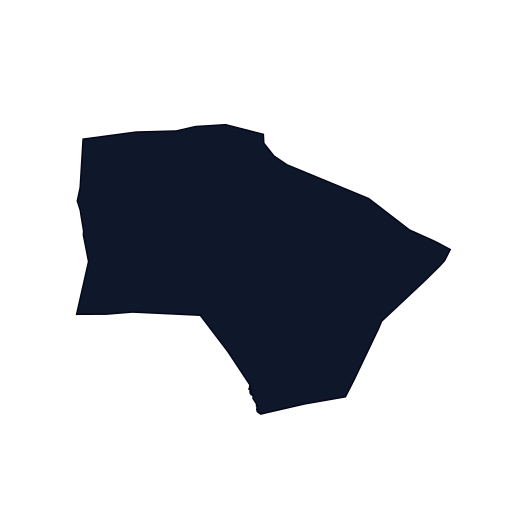 Mandal-Ovoo, Ömnögovi, Mongolia, rotated 164°
{"feature_id": "93677404B34607971050655", "entity_name": "Mandal-Ovoo", "entity_type": "district", "adm_level": 2, "iso_a3": "MNG", "parent_name": "Mongolia", "parent_adm1": "Ömnögovi", "projection": "natural_earth1", "projection_center": [104.105, 44.695], "detail": "fine", "context": "isolated", "style": "filled", "palette": "ink", "viewbox_px": 512, "rotation_deg": 164, "n_neighbors": 0, "source": "geoboundaries", "source_scale": "gbopen_adm2", "svg_char_len": 2086}
<svg xmlns="http://www.w3.org/2000/svg" viewBox="0 0 512 512"><g transform="rotate(164 256 256)"><path d="M298.3,398.2L337.1,408.2L390.0,416.0L391.1,412.9L406.1,370.4L412.6,358.2L412.3,348.3L413.0,343.3L414.8,327.7L416.2,323.6L417.1,312.7L418.5,296.8L444.5,249.4L415.7,241.3L390.3,236.2L325.9,214.4L309.4,171.9L297.7,134.8L297.4,134.4L297.3,134.0L297.5,133.7L297.6,133.3L297.7,132.9L297.7,132.6L297.7,132.4L297.8,132.3L298.1,132.2L298.3,132.0L298.3,131.9L298.2,131.6L298.3,131.3L298.4,131.1L298.7,130.8L299.1,130.6L299.4,130.2L299.5,130.0L299.4,129.9L299.1,129.8L298.7,129.9L298.3,129.9L298.2,129.7L298.0,129.3L297.7,128.9L297.6,128.6L297.7,128.3L297.9,128.2L298.3,128.2L298.6,128.2L298.9,128.2L299.0,128.1L299.1,127.9L299.0,127.7L298.9,127.4L298.7,127.2L298.5,126.7L298.3,126.5L298.4,126.4L298.5,126.3L298.8,126.3L299.1,126.3L299.3,126.2L299.5,126.1L299.5,125.9L299.3,125.8L298.9,125.5L298.6,125.3L298.5,125.1L298.5,124.9L298.6,124.7L299.0,124.2L298.9,124.1L298.6,123.9L298.1,123.9L297.6,124.0L297.4,123.9L297.3,123.7L297.2,123.4L297.2,123.2L297.4,123.0L297.6,122.8L297.7,122.7L297.4,122.3L297.2,122.1L297.0,121.9L297.1,121.7L297.4,121.6L297.6,121.5L297.7,121.3L297.8,121.0L297.9,120.5L298.0,120.3L298.1,120.1L298.2,119.9L298.1,119.7L298.0,119.4L297.8,119.0L297.7,118.4L297.6,117.9L297.2,116.9L297.0,116.2L296.9,115.7L296.7,115.3L296.6,115.0L296.5,114.7L296.5,114.4L296.5,114.0L296.5,113.6L296.4,113.4L296.3,113.1L296.2,113.0L296.3,112.7L296.5,112.3L296.7,112.2L296.8,111.9L296.7,111.6L296.3,111.6L296.2,111.6L296.3,111.2L296.7,110.7L296.8,110.5L296.8,110.3L296.7,110.0L296.6,109.7L296.5,109.4L296.5,109.1L296.7,108.9L296.9,108.7L297.1,108.7L297.4,108.8L297.5,108.7L297.6,108.3L297.6,108.0L297.5,107.6L297.5,107.3L297.6,106.9L297.7,106.6L297.6,106.4L297.5,105.8L295.0,102.7L290.0,102.5L250.1,100.4L208.9,96.0L196.6,109.1L159.5,151.0L159.0,151.5L153.2,158.7L102.0,185.0L82.8,195.4L76.0,199.6L67.5,208.7L80.2,220.9L101.3,238.7L131.8,280.1L201.1,335.1L211.2,347.2L217.4,362.3L215.4,370.9L249.0,390.6L278.4,397.1L298.3,398.2Z" fill="#0f172a" stroke="#020617" stroke-width="1.5"/></g></svg>